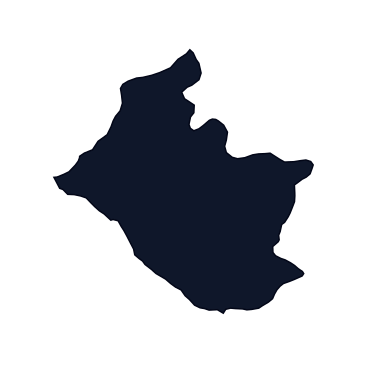 the district of Tartar District, Tərtər, Azerbaijan, rotated 248°
{"feature_id": "54616110B79809370995070", "entity_name": "Tartar District", "entity_type": "district", "adm_level": 2, "iso_a3": "AZE", "parent_name": "Azerbaijan", "parent_adm1": "Tərtər", "projection": "equal_earth", "projection_center": [46.824, 40.278], "detail": "fine", "context": "isolated", "style": "filled", "palette": "ink", "viewbox_px": 384, "rotation_deg": 248, "n_neighbors": 0, "source": "geoboundaries", "source_scale": "gbopen_adm2", "svg_char_len": 2006}
<svg xmlns="http://www.w3.org/2000/svg" viewBox="0 0 384 384"><g transform="rotate(248 192 192)"><path d="M257.3,69.5L251.2,70.1L245.0,70.7L242.7,73.3L236.4,75.9L233.7,81.8L230.1,87.2L226.2,91.7L219.2,94.5L214.7,96.4L209.2,99.1L204.6,102.3L196.3,106.2L196.1,108.5L193.0,112.7L186.5,113.5L181.9,114.4L175.8,115.1L167.1,115.9L161.0,116.5L155.2,115.4L150.0,118.1L146.5,120.3L142.4,121.3L135.6,125.3L129.9,128.1L125.9,131.2L121.1,134.9L115.2,137.9L110.0,141.1L105.3,145.2L98.3,146.8L93.4,149.3L86.1,152.0L81.6,156.1L79.2,160.0L76.1,163.6L73.4,171.4L67.9,175.6L70.6,179.3L69.9,184.2L67.7,188.5L64.6,195.2L62.2,198.7L60.8,203.3L59.3,210.4L60.2,214.6L61.3,221.7L62.9,226.7L66.5,230.3L69.5,234.1L71.7,238.4L72.9,242.5L72.6,249.0L72.6,254.1L72.9,262.7L74.5,265.0L76.9,264.6L81.2,261.7L85.4,259.6L89.5,256.8L94.2,252.9L97.1,249.5L101.6,245.6L105.6,244.4L111.2,246.4L113.6,253.3L115.0,254.9L119.4,256.1L122.3,258.9L128.3,263.0L129.2,266.5L133.0,271.9L135.8,275.1L140.3,279.4L144.6,283.4L149.9,285.9L152.8,287.0L160.2,289.6L161.0,293.0L162.6,298.8L163.0,303.4L164.6,308.3L169.3,312.5L171.7,314.5L173.4,314.1L175.8,313.5L179.0,309.6L180.5,304.0L181.9,297.9L185.1,289.0L189.5,285.5L195.7,281.1L198.7,279.0L200.2,274.1L202.4,267.9L203.7,262.2L204.0,253.8L205.8,246.7L209.1,242.3L215.7,238.6L222.2,239.4L227.3,243.3L234.2,247.3L242.1,246.4L248.1,243.0L250.4,241.2L252.0,238.2L252.0,235.0L249.4,227.3L248.0,222.1L248.1,216.6L251.7,214.3L255.8,214.5L262.1,218.7L264.8,223.4L271.7,226.6L276.7,223.2L281.3,220.0L288.4,219.8L291.0,226.8L291.1,231.8L293.5,240.5L298.9,245.0L308.8,246.6L313.2,245.5L320.5,245.2L324.7,243.3L322.2,238.6L320.3,228.8L315.2,218.6L314.8,206.8L315.3,198.3L316.7,189.3L318.4,183.3L318.7,174.3L317.7,168.2L314.8,164.5L308.2,163.0L300.4,160.8L294.2,155.8L290.8,149.5L287.4,145.5L282.8,141.4L276.9,134.8L275.2,128.0L274.2,123.9L268.4,115.6L268.4,106.8L267.2,101.2L265.8,100.5L263.2,98.1L260.6,93.9L256.8,85.5L256.4,79.8L256.4,72.5L257.3,69.5Z" fill="#0f172a" stroke="#020617" stroke-width="1.5"/></g></svg>